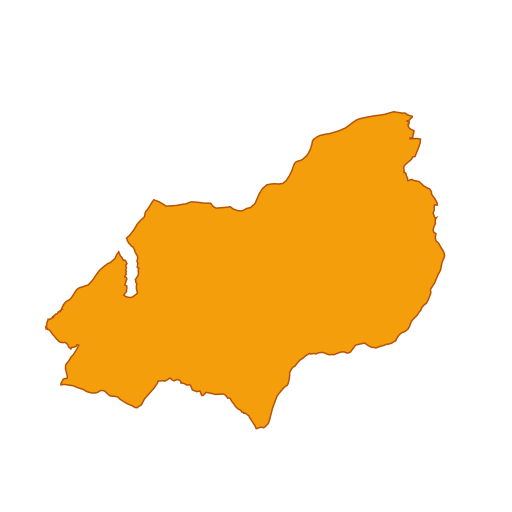 outline of Petrova, Maramures, Romania, rotated 287°
{"feature_id": "2599482B68695262569516", "entity_name": "Petrova", "entity_type": "district", "adm_level": 2, "iso_a3": "ROU", "parent_name": "Romania", "parent_adm1": "Maramures", "projection": "equal_earth", "projection_center": [24.184, 47.831], "detail": "fine", "context": "isolated", "style": "filled", "palette": "amber", "viewbox_px": 512, "rotation_deg": 287, "n_neighbors": 0, "source": "geoboundaries", "source_scale": "gbopen_adm2", "svg_char_len": 6056}
<svg xmlns="http://www.w3.org/2000/svg" viewBox="0 0 512 512"><g transform="rotate(287 256 256)"><path d="M435.2,364.7L435.3,359.5L435.9,358.3L436.0,357.2L436.3,356.7L435.4,354.0L434.2,345.5L429.2,337.8L427.2,333.9L425.1,329.1L421.1,321.2L417.3,314.6L415.2,312.1L411.3,309.0L407.5,306.4L404.5,304.0L400.1,298.9L394.4,290.4L392.9,287.0L390.0,282.0L387.9,279.7L384.2,276.9L382.2,276.4L379.2,276.8L373.8,276.8L368.6,275.8L366.2,274.8L362.0,272.3L360.6,270.9L358.8,268.0L356.9,266.2L355.1,265.7L348.6,265.4L342.5,264.5L336.7,262.8L333.3,260.5L331.6,257.1L330.5,252.5L329.2,249.3L327.2,245.5L322.3,242.5L316.5,240.9L305.8,239.7L300.7,236.6L298.6,233.0L296.9,231.6L294.7,228.7L294.0,224.7L294.3,220.6L295.6,216.8L294.5,214.9L290.1,203.8L290.8,200.7L293.2,197.1L291.2,190.2L290.5,185.3L288.9,178.4L287.6,176.4L285.0,173.3L284.3,171.3L281.1,165.2L277.4,155.6L278.5,151.8L279.5,147.4L279.9,141.9L277.4,141.0L269.0,138.8L266.4,137.6L264.7,137.4L261.2,137.8L260.3,137.6L256.6,135.3L251.8,133.1L245.7,131.7L239.8,129.5L237.5,128.4L235.3,126.9L234.4,127.9L233.0,128.5L230.7,131.1L230.1,132.5L228.9,134.1L228.7,135.6L228.4,136.0L226.3,138.1L224.4,139.3L221.3,142.6L219.2,143.6L216.1,143.6L215.1,144.9L211.5,145.6L210.6,145.6L210.2,145.9L210.2,147.3L209.8,147.8L208.2,147.4L204.9,148.7L203.0,148.9L197.9,147.5L197.5,148.1L195.8,148.7L195.2,149.3L195.0,150.0L194.3,150.3L192.2,150.3L191.9,150.7L190.3,150.9L185.7,153.5L183.4,152.0L180.4,149.6L179.8,148.5L179.2,146.4L179.1,143.5L179.9,140.9L184.4,142.6L184.8,142.2L187.7,141.9L189.6,141.1L189.9,139.0L196.4,139.2L197.8,137.9L197.5,136.6L198.5,136.4L200.7,137.3L201.3,136.5L203.3,136.6L204.5,135.4L206.7,135.6L209.1,134.1L210.9,134.9L213.5,132.5L213.7,131.8L213.3,130.7L213.3,129.9L214.1,129.5L215.6,127.9L216.3,126.5L216.8,126.0L219.9,123.5L216.2,122.3L213.0,122.1L211.8,121.6L206.8,118.3L205.9,116.9L201.8,113.8L196.8,110.7L191.7,108.8L185.8,107.1L179.3,104.0L178.6,103.2L177.8,101.7L175.9,99.4L174.0,96.4L172.5,95.1L171.0,94.2L162.8,91.9L160.8,91.1L159.4,90.2L157.2,88.0L154.4,86.5L153.2,86.3L152.9,86.0L152.4,86.4L151.4,85.9L150.3,85.6L149.7,85.7L149.4,85.3L149.6,85.1L148.8,86.0L148.8,85.6L148.0,85.4L147.1,85.6L146.5,84.7L146.1,85.1L145.4,85.0L145.3,84.1L144.8,83.3L142.7,82.8L141.5,81.1L140.0,80.7L139.3,79.8L138.2,80.2L137.7,80.0L138.1,79.3L137.4,79.2L136.5,78.4L135.5,78.0L135.6,77.5L134.8,76.5L134.7,75.6L133.8,75.9L133.0,75.6L130.4,75.6L129.2,75.8L128.6,76.2L126.7,75.5L125.9,76.1L125.7,76.2L126.1,76.7L125.2,76.8L125.7,77.2L125.7,77.8L124.9,78.0L124.7,80.5L121.4,84.6L120.6,86.2L118.1,89.9L117.6,91.3L116.7,92.4L116.4,94.2L116.4,95.3L117.0,97.6L117.5,98.2L117.4,99.0L116.4,101.9L114.2,103.3L113.6,105.2L113.0,105.8L113.0,106.2L114.6,106.3L115.0,107.1L115.3,108.2L117.0,110.3L118.9,110.8L118.8,112.6L114.8,111.9L108.3,110.2L105.0,108.6L100.4,107.5L97.1,106.0L95.3,106.0L92.4,106.8L85.9,110.7L84.4,111.1L83.6,110.8L82.6,108.4L81.5,107.6L76.9,106.7L75.8,107.0L75.7,107.4L76.8,109.1L77.2,110.7L78.4,118.7L78.4,120.7L78.1,122.4L77.9,125.3L77.9,129.6L77.1,132.8L76.8,134.6L77.0,139.3L78.4,143.2L79.5,144.6L81.2,145.9L81.8,146.7L82.7,149.1L82.3,151.4L80.3,155.4L79.7,157.0L79.6,158.1L80.5,161.8L80.8,165.2L79.7,166.9L78.9,169.0L77.1,176.0L76.6,181.3L75.7,184.8L76.4,187.2L77.1,187.2L77.7,187.6L79.5,189.5L80.2,189.9L86.9,191.2L99.8,197.1L105.4,198.9L107.8,199.0L109.8,204.3L109.5,205.0L112.0,207.8L113.2,208.3L114.2,209.6L113.4,211.0L112.6,213.6L112.9,214.5L114.9,216.6L114.7,217.5L115.0,218.8L114.5,220.0L113.6,221.1L112.6,221.3L112.6,221.6L113.0,223.1L113.0,225.0L112.3,227.5L113.6,230.4L112.3,231.9L109.4,234.2L108.9,238.9L110.5,241.7L109.6,242.7L107.8,243.9L106.7,245.1L107.2,246.2L109.0,247.2L110.9,247.9L111.4,251.6L111.8,257.7L114.6,265.6L114.2,266.9L113.3,268.6L111.8,270.4L112.4,272.2L111.9,273.5L110.6,274.4L107.8,278.4L106.7,279.6L105.3,281.9L104.5,283.6L104.1,285.7L103.2,287.7L102.5,288.2L102.9,289.2L102.0,290.2L102.6,291.8L101.0,296.1L99.9,296.8L93.0,305.1L91.4,306.1L91.0,306.9L93.7,310.5L94.0,313.5L95.0,314.4L99.2,316.6L102.1,316.9L115.8,316.3L127.9,317.1L130.9,318.0L137.7,320.9L140.1,322.3L141.4,323.6L143.1,324.0L147.7,323.8L152.1,323.0L154.1,322.3L157.1,322.7L160.3,323.7L162.0,325.4L167.0,327.3L169.5,328.6L172.2,330.8L176.0,333.3L177.0,334.4L177.7,334.9L178.6,336.0L178.2,336.8L179.6,339.7L179.9,341.2L179.8,341.9L181.8,344.1L183.1,347.5L183.4,348.8L182.9,353.6L183.0,354.8L184.2,358.1L184.4,359.4L187.7,363.5L189.3,365.9L189.4,366.7L189.9,367.5L190.1,368.8L189.7,371.0L190.1,372.3L191.6,374.3L199.8,377.3L200.3,377.9L204.4,385.1L204.4,386.2L203.7,387.5L202.9,390.8L202.5,393.1L203.0,395.6L203.2,397.7L205.3,400.3L207.9,404.4L209.8,406.8L211.0,409.4L212.3,411.2L214.3,412.9L215.7,414.4L218.8,414.8L221.9,415.8L223.6,416.7L225.3,417.9L226.5,419.6L227.7,420.8L230.7,422.8L233.1,423.3L239.0,423.7L244.2,426.1L245.8,427.2L250.3,428.5L251.9,429.3L255.4,429.7L258.4,431.1L260.5,432.7L264.2,433.5L271.5,434.0L272.7,433.7L274.1,432.9L275.6,432.7L282.6,434.7L291.0,435.5L295.8,436.5L298.4,436.4L304.0,435.8L311.2,436.4L313.3,435.3L315.4,433.8L317.8,430.8L321.1,427.5L321.9,426.4L323.1,423.7L326.2,421.9L329.8,421.7L330.3,420.8L330.4,419.6L331.2,418.6L332.7,417.8L335.8,417.6L339.7,418.1L341.4,417.2L343.4,416.9L345.4,417.4L344.7,416.7L344.5,416.3L344.9,415.8L348.3,413.2L349.1,412.9L352.1,413.0L354.9,412.0L357.0,411.7L357.3,412.1L357.6,414.5L359.5,413.8L360.3,413.1L361.6,411.9L362.4,410.8L362.7,410.8L365.7,406.7L366.7,405.7L368.6,405.1L371.0,402.3L371.0,400.6L371.9,396.4L374.9,390.2L374.3,384.5L374.9,383.0L374.3,381.7L372.4,379.4L372.8,378.8L374.6,378.3L377.3,375.9L378.7,375.4L379.3,374.2L379.2,373.0L380.4,372.9L383.0,371.7L385.5,371.3L388.5,372.9L393.2,376.0L394.5,376.6L396.1,376.8L396.9,377.3L397.6,379.0L406.3,379.7L412.2,379.9L415.9,379.1L415.3,375.2L413.1,368.9L414.0,368.7L414.7,371.3L419.2,370.6L419.3,370.9L422.2,370.4L422.1,368.3L423.0,365.4L424.6,363.6L425.0,363.8L426.3,362.8L426.6,363.4L427.2,363.6L428.3,363.7L429.0,363.4L429.0,361.3L429.6,361.0L429.9,362.0L430.6,362.8L431.5,363.3L432.3,363.3L434.0,364.7L435.2,364.7Z" fill="#f59e0b" stroke="#b45309" stroke-width="1.5"/></g></svg>